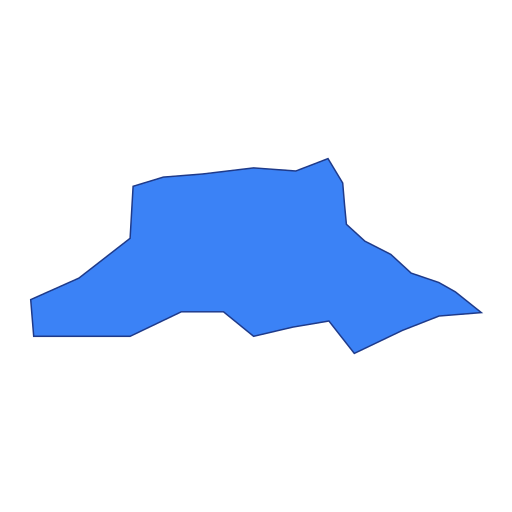 outline of Temvria, Nicosia, Cyprus
{"feature_id": "46923920B57973274599513", "entity_name": "Temvria", "entity_type": "district", "adm_level": 2, "iso_a3": "CYP", "parent_name": "Cyprus", "parent_adm1": "Nicosia", "projection": "natural_earth1", "projection_center": [32.889, 35.023], "detail": "fine", "context": "isolated", "style": "filled", "palette": "blue", "viewbox_px": 512, "rotation_deg": 0, "n_neighbors": 0, "source": "geoboundaries", "source_scale": "gbopen_adm2", "svg_char_len": 488}
<svg xmlns="http://www.w3.org/2000/svg" viewBox="0 0 512 512"><path d="M328.0,158.6L295.8,171.0L253.6,167.9L202.4,174.0L163.3,177.1L133.1,186.3L130.1,238.3L78.9,278.1L30.7,299.6L33.7,336.3L87.9,336.3L130.1,336.3L181.3,311.8L223.5,311.8L253.6,336.3L292.8,327.1L328.9,321.0L354.3,353.4L402.4,330.4L439.1,316.0L481.3,312.6L455.4,291.9L438.8,282.5L411.1,273.1L390.8,254.4L364.9,241.2L346.4,224.3L344.6,205.5L342.7,183.0L328.0,158.6Z" fill="#3b82f6" stroke="#1e3a8a" stroke-width="1.5"/></svg>